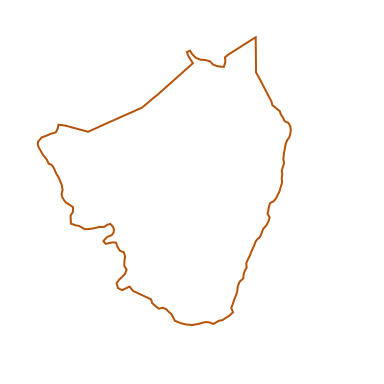 Irajuba, Bahia, Brazil (Albers equal-area conic projection), rotated 65°
{"feature_id": "56859067B96887846897967", "entity_name": "Irajuba", "entity_type": "district", "adm_level": 2, "iso_a3": "BRA", "parent_name": "Brazil", "parent_adm1": "Bahia", "projection": "albers", "projection_center": [-40.04, -13.225], "detail": "fine", "context": "isolated", "style": "outline", "palette": "amber", "viewbox_px": 384, "rotation_deg": 65, "n_neighbors": 0, "source": "geoboundaries", "source_scale": "gbopen_adm2", "svg_char_len": 2249}
<svg xmlns="http://www.w3.org/2000/svg" viewBox="0 0 384 384"><g transform="rotate(65 192 192)"><path d="M292.0,182.1L287.9,179.6L285.8,177.5L283.7,174.5L279.6,173.0L276.8,170.0L274.3,166.7L270.4,162.6L266.9,158.4L264.0,155.6L262.5,153.0L261.7,149.9L259.2,146.7L255.8,143.5L253.4,138.2L250.4,134.6L247.7,132.3L243.7,132.8L240.9,130.6L237.9,128.5L235.0,125.9L234.9,122.0L233.3,118.5L230.9,115.6L228.2,112.2L225.0,109.5L221.6,106.4L217.3,104.8L214.0,102.6L211.1,101.9L207.8,99.2L205.1,96.5L200.3,95.1L195.5,92.1L191.0,88.9L187.9,86.7L185.5,84.1L183.3,80.4L180.7,78.3L178.1,76.5L174.1,75.2L170.2,75.4L167.0,78.1L162.7,78.1L159.7,78.7L155.8,78.3L150.7,80.8L147.2,82.5L143.9,81.8L120.4,82.8L116.7,83.0L110.6,83.4L100.3,78.7L78.7,68.9L79.7,77.2L80.9,86.3L82.9,101.3L83.9,105.2L88.0,106.7L92.0,110.1L90.1,113.8L88.0,116.7L85.1,119.2L81.1,120.5L78.1,124.1L75.6,128.4L72.2,131.7L67.5,133.5L63.0,134.1L63.0,137.4L66.5,137.9L71.1,137.4L75.7,136.8L89.1,181.6L91.2,190.1L92.4,194.0L94.4,201.7L93.7,240.7L93.5,260.7L78.2,278.9L74.6,284.5L77.7,286.9L80.4,290.2L79.6,295.4L79.4,300.8L79.0,305.1L81.3,310.2L84.5,312.0L87.6,312.0L91.4,311.7L96.1,311.2L101.1,309.9L105.8,309.9L108.3,307.7L111.2,307.1L115.2,307.2L119.1,307.2L122.2,306.7L126.5,306.9L130.7,307.1L135.4,308.4L139.0,311.2L142.0,311.8L145.4,311.4L148.2,310.7L151.6,308.5L155.6,306.2L159.9,308.5L162.0,312.0L165.1,313.3L169.5,315.1L173.0,311.6L175.0,308.7L177.9,306.7L180.4,304.8L182.0,301.2L183.5,295.9L184.5,290.7L186.5,286.4L185.9,282.7L186.4,279.5L189.8,278.4L192.7,278.5L195.6,280.2L197.1,282.8L197.0,288.0L199.0,293.1L202.6,292.1L203.4,288.2L204.1,285.2L205.8,282.3L210.5,282.7L214.6,282.2L217.9,279.2L222.4,280.0L226.1,282.5L230.4,284.6L234.7,284.1L237.7,287.1L239.5,291.3L240.5,294.7L242.8,298.9L247.7,299.7L251.4,296.9L251.3,288.6L256.9,287.1L272.1,274.4L275.7,275.1L280.5,273.1L283.8,271.2L284.5,267.4L287.5,264.8L290.7,263.8L293.8,262.3L297.9,262.1L301.5,261.9L304.1,259.5L306.6,257.1L309.6,253.3L312.5,248.3L313.7,244.2L314.5,240.9L315.0,237.2L315.8,234.3L317.7,231.1L320.6,228.5L320.1,221.8L321.0,218.4L320.3,214.0L319.9,210.5L318.3,205.6L313.6,205.4L310.2,201.8L307.3,199.2L304.1,195.6L301.4,193.1L297.0,190.5L293.4,186.7L292.0,182.1Z" fill="none" stroke="#b45309" stroke-width="2"/></g></svg>